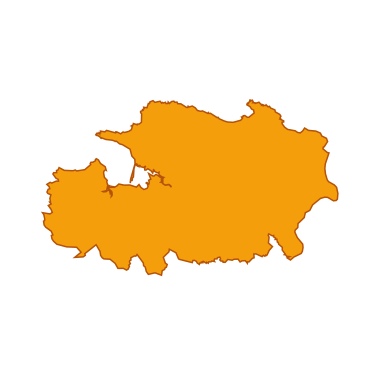 Dungarvan Lea-6, Waterford, Ireland, rotated 207°
{"feature_id": "5873133B99301396189175", "entity_name": "Dungarvan Lea-6", "entity_type": "district", "adm_level": 2, "iso_a3": "IRL", "parent_name": "Ireland", "parent_adm1": "Waterford", "projection": "robinson", "projection_center": [-7.659, 52.063], "detail": "fine", "context": "isolated", "style": "filled", "palette": "amber", "viewbox_px": 384, "rotation_deg": 207, "n_neighbors": 0, "source": "geoboundaries", "source_scale": "gbopen_adm2", "svg_char_len": 6082}
<svg xmlns="http://www.w3.org/2000/svg" viewBox="0 0 384 384"><g transform="rotate(207 192 192)"><path d="M87.7,289.0L89.2,288.6L94.9,289.9L95.4,291.7L94.7,292.3L94.1,298.5L96.6,300.9L101.7,300.8L104.4,302.8L109.3,302.5L116.2,299.8L120.7,300.1L121.1,296.6L122.4,293.8L124.9,293.0L127.8,293.4L135.2,291.2L138.8,291.8L142.5,293.6L143.5,295.0L142.1,296.0L142.6,297.0L146.6,296.9L146.2,297.5L147.2,297.9L147.2,299.9L149.1,301.0L154.1,301.2L155.4,302.8L160.0,302.5L161.9,303.5L162.9,302.4L165.6,303.3L165.7,302.5L167.7,301.6L167.4,300.6L168.0,301.6L169.0,301.0L168.8,301.9L170.6,301.5L173.1,302.4L175.9,299.6L176.4,300.1L178.3,299.2L178.1,299.9L179.6,301.0L179.7,300.1L179.9,300.8L182.1,300.3L181.9,299.2L181.2,299.4L182.8,296.4L182.0,296.2L182.9,295.3L182.7,294.6L179.1,294.4L176.7,293.0L174.3,292.9L172.5,290.6L175.2,284.5L176.5,283.7L179.6,284.1L181.0,283.2L180.7,282.4L181.9,281.3L180.5,280.5L181.2,278.0L186.9,272.8L192.1,270.5L195.6,269.9L201.0,269.6L202.7,270.4L203.3,269.7L211.3,270.5L212.6,269.6L213.5,270.2L213.8,269.2L219.5,269.0L221.0,267.8L224.2,267.1L227.3,268.5L230.8,268.7L233.1,266.5L234.4,266.7L234.1,265.4L235.4,264.9L241.9,265.5L244.9,264.2L246.1,265.3L248.2,264.1L249.4,264.7L251.3,263.3L252.3,260.6L254.1,261.4L253.7,259.9L255.3,259.0L256.4,259.9L257.9,258.3L259.0,258.4L259.4,257.4L261.6,258.4L265.8,255.0L268.2,255.7L270.4,253.2L270.0,251.5L271.1,251.1L270.4,246.6L273.5,245.6L272.5,244.5L273.5,243.0L272.7,242.5L274.4,240.5L273.8,239.4L272.3,238.7L268.7,231.1L270.0,228.5L271.6,227.7L271.4,227.0L275.3,226.4L274.9,225.3L276.1,223.3L275.0,223.4L274.3,220.0L275.8,217.4L279.1,214.4L280.7,214.2L281.9,211.5L286.3,211.4L287.1,211.0L286.6,210.5L286.9,210.0L296.1,208.1L296.9,206.1L301.2,204.7L300.3,203.3L301.1,202.8L300.7,202.0L301.8,202.6L301.9,201.6L303.3,201.4L303.6,200.6L302.9,199.5L299.4,199.4L297.6,198.6L296.6,198.7L298.0,199.1L292.6,199.7L286.7,201.9L283.5,202.4L282.8,201.7L283.3,202.4L282.4,202.9L278.4,202.0L275.5,202.6L266.6,202.0L261.9,196.7L257.8,195.2L255.6,191.4L252.5,175.5L251.1,171.9L251.7,174.5L250.6,175.1L251.4,177.8L251.0,178.7L254.3,186.5L255.0,190.3L254.3,191.1L254.7,191.7L253.9,191.7L254.3,192.1L252.9,191.5L253.8,191.7L253.7,190.6L252.2,190.3L251.8,190.5L252.7,191.2L251.0,190.6L251.3,191.2L250.6,191.4L251.2,191.6L250.5,192.0L249.3,191.2L246.2,191.9L245.3,192.4L245.8,193.0L244.9,194.1L245.3,192.2L244.1,190.2L243.0,190.6L241.9,192.7L238.1,192.3L235.6,191.0L236.4,194.3L235.4,194.2L235.3,193.4L231.7,193.3L230.3,194.6L230.1,193.4L228.8,192.4L226.7,192.0L228.1,191.2L224.7,191.1L224.3,191.7L225.0,192.0L223.9,192.2L224.7,191.0L225.1,191.0L224.6,190.9L223.4,192.0L224.4,190.9L223.4,189.2L224.1,189.0L223.3,189.1L222.8,188.6L223.8,187.0L222.1,186.9L221.9,186.3L219.0,186.0L216.5,188.0L215.9,188.2L213.9,187.9L212.5,186.9L215.8,188.1L218.9,185.9L221.9,186.2L222.2,186.9L224.3,186.5L223.1,188.5L223.4,188.8L224.3,188.3L224.9,188.6L224.2,188.4L224.8,188.9L223.9,189.6L224.3,190.3L230.7,191.4L232.3,191.1L233.2,188.9L234.3,188.5L239.0,188.8L234.5,184.7L236.0,182.8L234.5,181.3L234.1,179.5L236.5,180.0L236.9,179.2L235.4,178.9L233.7,177.1L233.7,174.8L236.0,172.4L239.4,172.8L242.6,174.6L243.8,171.1L250.6,170.0L255.6,167.3L260.8,165.9L261.9,162.9L263.2,161.4L267.2,160.2L262.4,161.4L269.2,157.9L267.9,158.1L268.5,157.5L268.0,157.0L263.9,156.1L263.1,155.1L264.7,155.4L264.3,154.7L263.0,155.0L261.6,152.5L261.9,151.4L262.6,153.6L263.7,153.3L263.5,154.3L264.3,153.7L266.3,155.9L267.6,155.6L268.7,153.3L271.0,151.9L271.7,151.9L268.7,154.5L269.8,158.4L268.9,158.9L270.0,159.7L267.4,160.3L270.1,159.9L272.6,162.3L272.8,163.9L276.7,165.3L279.6,169.1L279.9,170.8L279.1,172.6L278.4,172.5L280.8,175.1L286.5,175.9L290.0,178.1L292.4,178.2L292.8,177.0L292.2,176.1L293.7,173.7L295.6,172.5L295.6,171.1L294.7,170.4L297.7,163.2L304.3,158.4L306.0,158.6L307.7,156.9L315.6,153.3L321.5,153.4L321.4,150.8L322.5,149.7L321.4,147.8L324.0,146.4L324.1,144.9L319.5,142.5L316.9,142.5L315.9,141.0L317.9,140.1L321.0,136.3L322.8,136.2L324.8,132.9L321.7,131.9L320.2,130.4L321.4,129.1L321.2,126.1L319.7,125.2L316.5,125.5L315.7,121.7L313.6,118.9L314.3,118.4L312.1,117.4L313.9,114.7L309.8,112.6L307.2,110.4L308.6,108.0L315.8,105.7L313.8,104.6L311.1,101.3L310.4,99.7L311.0,98.6L308.8,95.5L306.3,94.2L299.7,93.2L296.5,90.6L297.6,89.4L295.4,86.6L293.1,85.3L288.8,84.1L278.8,86.2L269.7,90.4L263.5,88.0L266.8,80.5L259.5,84.8L258.3,87.1L259.5,88.4L253.5,101.5L247.0,97.3L244.6,94.0L242.1,92.6L240.1,92.4L234.5,94.9L228.0,93.5L223.3,90.3L218.5,92.8L214.9,92.7L213.9,94.2L214.0,97.4L215.1,98.1L214.4,100.2L216.0,101.3L216.3,102.6L215.5,103.5L216.6,105.7L214.3,108.8L212.9,109.4L212.6,111.4L203.2,106.7L201.7,104.4L199.5,103.8L196.7,100.5L193.5,98.8L188.2,103.2L181.4,104.0L182.8,108.4L181.3,110.5L181.5,112.2L180.7,113.4L181.2,116.2L183.4,116.5L187.9,120.8L185.4,128.2L186.2,130.7L178.7,130.6L173.6,126.3L172.4,126.3L159.7,129.2L160.1,131.4L159.0,132.2L156.6,132.2L155.1,131.1L152.6,130.8L152.8,132.2L150.5,133.8L151.6,134.0L150.4,135.4L147.0,135.0L147.1,136.0L145.2,135.9L145.5,137.2L143.3,138.5L143.1,139.4L140.3,140.3L141.3,140.9L141.5,142.6L139.3,143.8L139.5,145.1L137.6,146.6L136.2,145.4L136.4,144.1L134.9,143.6L133.2,144.4L132.4,143.5L130.5,144.4L129.5,148.1L125.2,149.5L124.1,151.1L120.5,153.1L117.4,151.5L116.0,153.5L113.3,155.0L110.3,153.6L110.8,155.0L109.5,155.6L108.0,160.4L106.8,161.6L108.8,164.8L106.8,165.9L100.2,166.2L99.7,167.9L97.9,167.9L97.8,169.2L96.8,169.2L96.5,170.2L96.7,175.0L95.5,179.9L100.8,181.3L102.8,186.7L104.5,188.1L104.6,189.5L100.7,189.4L99.5,190.3L99.0,189.1L96.6,188.9L96.4,187.5L94.9,188.4L93.2,186.1L92.3,186.2L91.0,184.8L86.4,183.7L85.3,181.3L81.0,179.1L81.3,178.1L80.1,178.5L78.4,177.7L75.7,178.7L77.3,176.5L73.4,176.1L71.7,180.3L66.8,186.8L66.7,189.2L67.9,193.0L69.7,195.8L77.5,199.2L82.1,202.9L82.8,204.7L81.6,208.4L83.2,212.0L80.4,220.1L81.6,225.0L78.7,229.1L78.7,235.3L74.6,244.6L71.3,247.7L68.6,248.8L61.9,248.4L59.7,249.9L59.2,251.6L61.4,257.0L65.3,261.8L68.4,262.9L75.0,263.2L77.0,264.2L81.2,268.6L84.3,273.2L86.0,277.6L87.7,289.0ZM303.1,199.4L304.4,199.3L303.0,199.2L303.1,199.4Z" fill="#f59e0b" stroke="#b45309" stroke-width="1.5"/></g></svg>